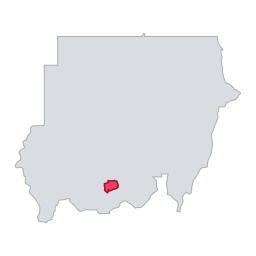 location of Al Lagowa, South Kordufan, Sudan
{"feature_id": "16777658B4481857181861", "entity_name": "Al Lagowa", "entity_type": "district", "adm_level": 2, "iso_a3": "SDN", "parent_name": "Sudan", "parent_adm1": "South Kordufan", "projection": "mercator", "projection_center": [29.243, 11.301], "detail": "fine", "context": "in_parent", "style": "filled", "palette": "rose", "viewbox_px": 256, "rotation_deg": 0, "n_neighbors": 0, "source": "geoboundaries", "source_scale": "gbopen_adm2", "svg_char_len": 4643}
<svg xmlns="http://www.w3.org/2000/svg" viewBox="0 0 256 256"><path d="M179.8,211.7L177.3,211.7L177.0,211.1L177.1,209.4L177.4,208.2L178.3,206.2L178.0,205.2L178.2,203.6L177.5,201.9L171.5,196.8L170.3,195.4L167.1,194.2L167.7,192.7L166.3,182.4L167.0,181.2L167.2,179.4L167.2,177.8L167.9,175.1L168.0,174.0L161.6,173.9L161.5,175.1L161.8,176.4L161.8,176.9L152.9,176.9L156.5,181.0L156.6,182.8L156.4,185.0L156.5,186.4L156.7,187.3L157.6,189.1L157.6,189.5L157.4,189.9L151.0,195.3L150.0,197.8L149.1,199.1L147.3,201.3L141.5,207.1L140.6,207.5L136.2,207.7L135.8,207.8L135.4,208.1L135.2,208.0L131.5,204.6L125.1,200.6L120.9,202.7L119.8,203.5L119.8,205.4L119.1,206.4L118.0,207.5L114.9,208.2L113.3,208.8L111.4,209.9L109.5,211.7L109.4,212.7L109.6,213.5L98.9,213.5L98.2,212.8L96.6,209.8L95.6,210.0L85.8,209.6L84.4,209.9L81.6,211.2L80.2,211.4L78.8,210.8L73.7,204.8L72.6,204.1L71.4,202.7L70.3,202.0L69.9,201.6L69.8,200.9L69.9,199.6L69.5,198.8L68.7,198.6L61.8,200.0L60.8,199.8L59.4,200.1L58.9,200.3L58.3,201.1L58.2,202.8L58.0,203.6L57.5,204.5L55.5,206.5L55.1,207.4L55.2,209.7L55.1,210.8L54.8,211.3L53.9,212.2L53.6,212.7L53.2,215.5L52.2,217.3L51.9,217.9L51.9,219.1L51.7,219.5L48.6,220.5L47.4,221.1L46.7,222.1L46.5,222.5L45.2,222.2L43.5,221.9L40.2,221.6L39.0,221.1L38.3,220.5L38.5,218.7L38.2,218.4L37.7,218.0L37.3,217.3L37.4,216.4L39.1,214.4L39.5,213.3L39.9,208.3L39.8,206.8L38.4,203.9L35.3,199.1L34.6,198.1L30.6,194.1L30.2,193.5L29.2,191.8L30.3,188.1L30.4,187.0L30.1,186.0L29.1,185.2L28.2,185.1L27.1,184.1L26.3,183.6L25.6,182.8L25.2,181.5L25.5,177.1L25.3,176.5L24.3,176.4L24.0,176.1L24.1,175.2L23.5,172.7L22.9,170.6L23.3,169.5L22.4,167.9L20.8,167.3L17.7,167.8L16.7,167.7L16.1,167.4L15.6,166.8L15.4,166.1L15.6,165.1L16.5,163.2L17.6,161.7L19.8,160.3L20.4,159.5L20.8,158.7L20.8,157.8L20.7,156.7L20.4,155.8L19.8,154.6L19.1,153.2L19.1,152.2L19.4,151.5L20.0,150.7L22.3,149.0L24.5,147.7L24.9,147.2L24.8,146.6L23.7,145.5L23.4,143.3L22.8,141.8L24.0,140.7L24.8,140.3L26.2,139.9L26.7,139.4L26.9,138.5L26.8,137.6L27.3,137.0L27.9,135.6L28.5,135.0L30.2,133.3L30.6,132.3L30.7,131.3L30.2,128.2L31.3,126.9L32.5,125.8L34.4,125.9L37.3,125.6L39.2,125.2L40.6,125.2L43.8,125.8L44.2,125.5L44.3,124.7L44.3,65.2L57.5,65.3L57.7,65.2L57.7,36.5L141.3,36.5L142.0,36.4L143.3,33.7L143.9,33.5L144.7,33.7L145.0,34.3L144.3,36.5L217.3,36.5L217.5,39.8L218.1,42.4L220.1,46.2L221.9,48.2L222.5,49.3L222.6,49.8L222.5,50.3L222.0,49.7L221.1,49.4L220.9,51.1L221.4,54.7L222.1,57.2L221.6,59.5L221.6,63.5L222.6,68.2L222.4,71.2L223.9,78.1L225.4,82.0L226.2,82.9L227.1,83.4L228.8,83.8L231.4,85.7L233.5,87.8L234.2,88.9L235.2,90.1L235.8,89.8L236.3,89.5L236.9,90.5L240.2,92.6L240.6,93.5L239.5,94.4L238.1,96.1L237.5,97.6L237.1,98.0L236.0,99.0L235.9,99.4L235.4,99.7L234.9,99.7L233.8,100.3L232.8,100.1L231.8,100.4L231.4,100.7L230.6,101.0L229.5,101.2L227.9,102.5L226.4,103.1L225.9,103.6L225.1,106.1L224.6,106.8L222.4,106.9L221.3,107.1L219.9,106.8L219.2,106.8L219.0,107.4L218.7,109.5L218.8,110.5L217.5,112.9L217.9,117.5L216.7,121.0L216.5,121.7L215.3,124.5L214.7,125.5L213.2,130.5L212.6,132.1L211.3,133.7L212.7,145.9L211.6,149.6L211.6,151.6L210.9,154.6L210.3,156.0L209.3,157.7L208.5,159.5L207.8,162.0L207.3,166.6L207.1,167.0L203.2,167.6L202.0,167.9L201.2,168.4L200.2,169.6L198.2,172.9L197.2,174.9L195.6,177.6L193.7,179.5L193.3,180.5L193.0,182.2L192.3,185.0L191.7,186.9L191.8,188.5L191.2,191.2L191.3,192.5L190.6,193.3L189.7,194.0L189.1,194.2L186.4,192.3L184.6,193.6L183.4,195.4L182.5,197.1L183.0,200.9L182.9,201.7L182.7,202.6L180.9,206.3L180.4,208.0L179.8,211.0L179.8,211.7Z" fill="#d9dde1" stroke="#a8b0b8" stroke-width="1"/><path d="M117.8,184.1L117.8,183.9L117.7,183.8L117.7,183.7L117.5,183.1L117.3,182.7L117.2,182.3L117.2,182.2L117.0,181.8L116.9,181.6L116.8,181.4L116.7,181.1L116.2,181.1L115.4,181.2L115.2,181.2L114.8,180.7L114.7,180.5L114.0,180.6L113.5,180.8L112.8,180.8L112.1,180.8L111.2,180.8L110.2,180.9L109.4,180.7L108.8,180.8L108.2,180.6L108.0,180.9L108.1,181.5L108.3,182.4L107.3,182.9L106.1,183.4L105.2,183.6L104.5,183.6L104.4,185.1L104.3,186.0L104.7,186.9L104.8,187.9L104.8,189.2L104.6,190.3L105.4,191.0L106.6,192.1L107.7,192.7L108.1,191.8L108.4,190.6L108.3,189.8L108.6,189.8L108.8,190.0L109.1,190.5L109.5,191.0L110.5,190.6L111.2,190.3L111.9,190.1L112.3,189.9L112.6,189.4L113.3,189.3L114.6,189.1L114.9,188.9L115.3,188.9L115.6,188.7L115.9,188.6L116.2,188.3L116.4,188.2L116.9,188.2L117.0,188.2L117.2,187.8L117.5,187.6L118.0,187.3L118.0,187.2L118.0,186.8L118.0,186.7L117.8,186.4L117.8,186.2L118.1,185.8L118.2,185.7L118.3,185.5L118.3,185.4L118.3,185.2L118.3,185.3L118.3,185.2L118.2,185.1L118.1,184.9L118.0,184.6L117.9,184.5L117.9,184.4L117.9,184.2L117.8,184.1Z" fill="#f43f5e" stroke="#9f1239" stroke-width="1.5"/></svg>